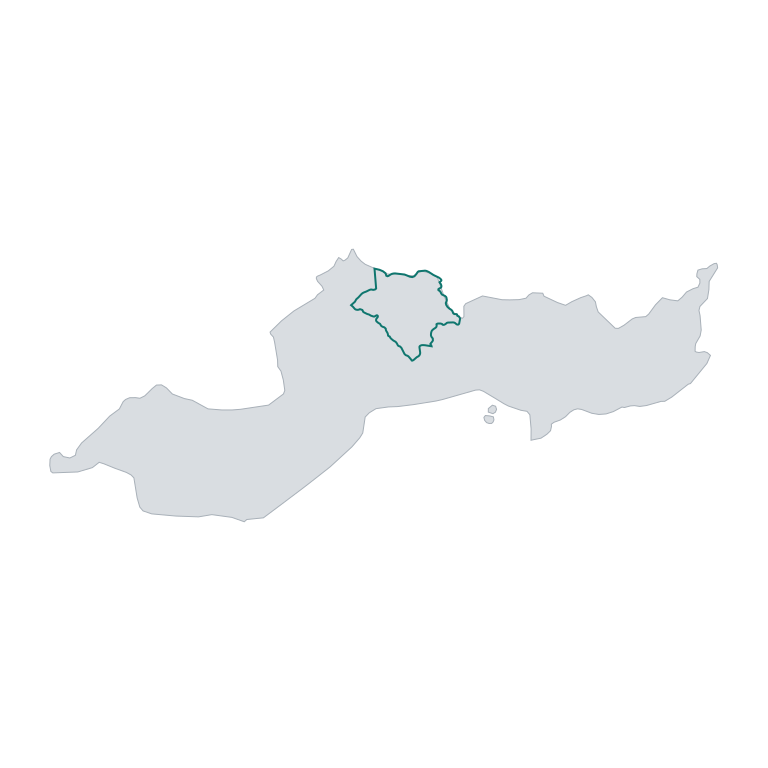 location of Kasungu within Malawi, rotated 89°
{"feature_id": "MWI-1899", "entity_name": "Kasungu", "entity_type": "District", "adm_level": 1, "iso_a3": "MWI", "parent_name": "Malawi", "parent_adm1": "", "projection": "orthographic", "projection_center": [33.477, -13.001], "detail": "fine", "context": "in_parent", "style": "outline", "palette": "teal", "viewbox_px": 768, "rotation_deg": 89, "n_neighbors": 0, "source": "natural_earth", "source_scale": "10m", "svg_char_len": 6107}
<svg xmlns="http://www.w3.org/2000/svg" viewBox="0 0 768 768"><g transform="rotate(89 384 384)"><path d="M293.6,448.9L289.0,442.6L285.3,444.2L280.2,448.6L277.4,449.8L275.9,449.7L275.0,448.6L273.9,445.8L269.9,437.7L265.4,432.0L260.6,429.7L256.8,427.1L258.4,424.5L260.2,422.7L259.5,420.8L257.3,418.0L248.9,414.0L248.7,412.3L256.1,408.8L260.8,404.7L264.0,400.7L268.0,392.0L271.3,383.3L273.7,380.5L274.6,374.8L274.0,368.3L275.6,360.1L276.4,352.3L273.9,349.3L271.8,344.0L274.3,335.1L278.2,328.9L297.0,322.5L310.1,316.7L312.8,314.1L317.3,309.2L319.7,304.4L318.0,302.9L307.7,302.8L305.1,300.9L297.7,284.0L301.8,264.5L302.1,256.8L302.0,247.4L300.7,240.5L297.5,237.6L295.4,233.9L296.0,223.7L299.0,222.5L305.6,209.1L308.5,201.1L305.0,194.8L301.1,185.8L299.3,180.1L298.4,178.2L301.1,174.6L305.5,171.2L310.5,170.3L315.7,168.6L332.3,151.9L332.5,148.7L329.5,143.1L323.3,134.7L321.9,131.2L321.2,121.1L318.7,118.1L309.6,111.2L302.6,104.1L304.8,96.8L306.0,88.8L302.5,84.5L297.3,79.9L294.1,73.3L292.7,68.4L288.6,66.4L284.9,66.4L282.1,69.4L279.2,69.2L275.6,68.1L274.4,63.9L274.2,59.2L271.7,56.1L269.4,51.8L269.1,49.5L270.5,48.8L273.7,48.4L287.1,57.1L295.2,57.5L304.2,59.1L312.0,66.8L316.0,67.8L321.1,66.8L335.6,65.9L341.5,67.1L349.0,71.6L352.0,72.2L356.7,72.4L357.5,71.2L358.0,68.5L357.2,63.1L358.3,60.2L361.1,57.1L369.1,60.8L388.9,77.6L389.5,79.8L402.1,96.5L406.2,103.6L406.2,107.3L410.1,121.9L410.9,128.7L410.0,133.9L410.2,138.0L411.7,144.0L411.2,146.5L415.6,155.2L417.8,162.5L418.2,169.7L416.9,176.7L412.9,186.8L412.2,190.9L413.1,194.6L415.6,198.7L419.9,203.1L423.1,208.4L425.2,214.6L427.1,217.4L429.4,217.3L433.6,218.3L437.0,221.9L440.9,228.0L442.2,235.0L442.8,238.0L431.5,237.7L417.3,238.7L413.8,241.5L412.7,247.5L408.2,260.0L405.7,264.6L400.4,272.9L393.0,284.8L391.5,288.6L391.7,292.6L396.0,308.7L400.5,325.6L401.9,332.2L405.1,354.7L406.8,370.6L407.0,379.9L408.5,392.4L412.5,399.2L416.7,403.4L432.6,406.1L437.4,409.2L446.3,417.2L465.9,439.3L476.6,453.4L485.9,465.8L502.7,488.9L515.7,506.9L517.1,523.6L519.3,526.1L514.7,538.4L511.6,558.4L513.6,571.7L512.4,594.4L509.8,618.5L506.7,627.1L502.8,630.3L493.6,632.8L473.5,635.7L470.5,638.5L467.9,643.1L463.7,654.2L458.9,665.4L457.3,670.2L458.2,671.3L462.5,677.0L466.6,691.7L467.1,716.7L465.6,718.6L459.7,719.6L453.4,719.2L450.8,717.8L448.4,715.0L446.8,709.6L451.0,705.9L452.5,699.4L449.9,693.8L444.5,692.5L437.7,687.4L423.4,670.6L411.3,658.8L404.3,649.0L397.1,645.1L395.0,642.7L393.3,638.6L393.3,632.6L394.0,628.3L391.7,623.4L384.4,615.7L381.1,611.5L381.0,606.5L384.1,601.6L390.3,595.8L395.1,583.8L396.9,576.0L405.8,560.4L407.1,546.9L407.3,536.1L406.8,527.9L404.6,511.3L403.1,499.8L392.2,484.7L388.7,483.3L378.2,484.6L369.3,486.8L364.8,489.9L358.2,490.0L340.6,492.6L335.2,493.7L332.0,496.5L330.1,497.0L319.1,485.4L309.4,472.8L297.1,451.5L293.6,448.9ZM422.1,284.0L419.2,284.7L417.3,283.2L417.8,278.6L418.8,275.2L421.8,274.7L423.9,275.6L425.3,277.1L425.3,279.6L424.4,282.1L422.1,284.0ZM415.6,275.6L413.9,280.2L410.4,280.1L407.1,276.0L408.2,272.8L411.3,271.9L414.1,273.1L415.6,275.6Z" fill="#d9dde1" stroke="#a8b0b8" stroke-width="1"/><path d="M304.2,320.8L306.0,320.4L308.0,319.2L309.7,317.4L311.0,315.4L312.0,314.5L314.6,313.5L315.3,312.5L315.4,310.3L315.8,309.7L317.0,309.5L317.7,308.0L319.9,306.7L321.1,307.0L324.9,307.8L325.5,308.2L325.9,308.8L325.9,309.4L325.8,309.9L325.6,310.3L325.3,310.7L324.5,311.6L324.2,312.0L324.0,312.4L323.8,312.8L323.6,313.9L323.7,318.6L323.8,319.5L324.0,320.1L325.1,321.4L325.7,322.5L325.9,323.2L325.9,323.9L325.7,324.3L325.5,324.6L325.1,324.8L324.8,325.5L324.5,326.6L324.5,329.1L324.8,330.0L325.2,330.5L326.2,330.3L326.7,330.4L327.3,330.5L327.7,330.6L328.1,330.9L328.7,331.5L330.1,333.7L331.1,334.8L331.5,335.2L331.9,335.4L332.4,335.6L333.3,335.9L334.4,336.1L335.6,336.2L336.1,336.2L336.6,336.1L337.4,335.8L337.8,335.6L338.5,335.1L338.8,334.8L339.1,334.6L339.5,334.4L340.5,334.4L341.0,334.3L341.6,334.5L342.3,334.9L344.1,336.5L344.6,336.9L345.0,336.9L345.3,336.7L345.7,336.4L346.3,336.0L347.1,335.8L345.9,342.6L345.8,345.3L346.0,346.2L346.4,347.1L346.8,347.6L347.4,347.9L348.2,347.9L353.0,347.3L353.6,347.3L354.4,347.4L355.2,347.7L356.2,348.3L357.0,349.3L357.8,350.8L360.6,354.1L361.1,355.2L361.1,355.7L361.0,355.9L360.2,356.3L356.8,359.1L356.6,359.4L356.2,360.0L355.6,361.6L355.4,361.9L354.3,363.0L348.1,366.0L347.5,366.6L346.7,367.4L346.5,368.1L346.1,369.0L345.5,369.5L344.7,369.9L343.5,370.5L342.3,371.4L341.8,372.0L340.7,373.9L339.0,375.9L338.1,376.7L337.3,377.2L336.7,377.4L336.4,377.9L336.2,378.5L335.9,378.9L335.5,379.1L334.0,379.3L332.6,379.8L331.4,380.6L330.0,381.2L328.7,381.3L327.4,382.6L326.7,384.5L326.3,385.1L326.0,385.6L325.3,386.1L324.0,386.8L323.7,387.1L322.7,388.8L322.1,389.4L321.4,390.3L320.9,390.6L320.4,390.8L319.8,390.8L319.4,390.7L319.0,390.6L318.7,390.5L318.4,390.3L317.8,389.8L317.5,389.5L317.1,389.2L316.6,389.0L315.9,389.0L315.5,389.3L315.2,389.7L315.2,390.2L315.4,390.6L315.6,391.0L316.0,391.7L316.2,392.1L316.4,392.5L316.4,393.0L316.3,393.5L315.6,395.4L315.4,396.0L314.3,397.7L313.7,399.6L312.1,402.7L311.4,403.6L311.0,403.8L310.2,404.0L309.6,404.4L308.9,406.2L308.8,406.8L308.9,407.3L309.2,407.7L309.3,408.3L309.4,409.1L309.2,410.5L308.9,411.2L308.6,411.7L306.1,413.8L304.6,415.5L301.2,411.6L298.9,410.3L298.1,409.4L296.9,408.0L293.9,405.2L292.8,403.9L292.1,402.5L291.2,400.0L289.8,397.1L289.4,396.0L289.3,395.0L289.7,393.2L289.6,392.3L289.2,391.0L288.7,390.5L288.3,390.2L269.7,391.4L268.5,391.5L269.7,386.6L271.2,383.2L273.3,380.5L275.8,379.8L276.3,378.6L276.0,377.6L274.7,375.6L274.0,374.1L273.7,372.7L273.6,371.1L274.9,361.5L277.2,356.2L277.6,353.8L276.8,351.7L274.7,349.8L272.5,348.3L271.9,347.4L271.4,341.0L271.7,339.5L272.8,337.2L275.9,332.6L278.5,327.4L279.4,326.2L280.5,325.1L281.2,324.8L281.8,325.0L282.3,325.5L282.6,326.1L283.2,326.7L284.0,326.3L284.7,325.7L285.4,325.3L286.8,324.9L287.4,324.9L288.2,325.1L288.8,325.7L289.8,327.6L290.2,328.0L291.0,328.0L291.4,327.6L291.7,327.0L292.2,326.5L292.6,326.2L293.0,325.9L293.5,325.6L294.4,325.3L295.6,324.4L297.0,321.5L298.0,320.4L298.6,320.1L300.9,319.7L301.9,319.8L302.8,320.2L303.5,320.6L304.2,320.8Z" fill="none" stroke="#0f766e" stroke-width="2"/></g></svg>